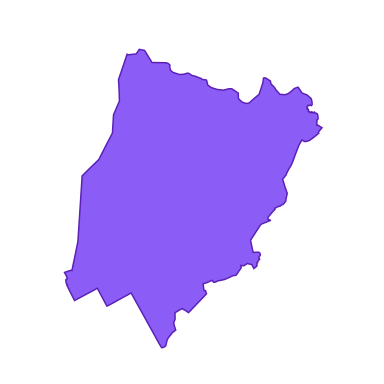 outline of Gārsenes pag., Aknistes, Latvia, rotated 81°
{"feature_id": "27541924B32403888288894", "entity_name": "Gārsenes pag.", "entity_type": "district", "adm_level": 2, "iso_a3": "LVA", "parent_name": "Latvia", "parent_adm1": "Aknistes", "projection": "mercator", "projection_center": [25.771, 56.102], "detail": "fine", "context": "isolated", "style": "filled", "palette": "violet", "viewbox_px": 384, "rotation_deg": 81, "n_neighbors": 0, "source": "geoboundaries", "source_scale": "gbopen_adm2", "svg_char_len": 5188}
<svg xmlns="http://www.w3.org/2000/svg" viewBox="0 0 384 384"><g transform="rotate(81 192 192)"><path d="M63.6,194.0L63.2,194.0L62.9,194.1L62.7,194.3L61.4,195.3L61.3,195.5L60.4,197.0L58.3,208.5L58.0,210.9L57.9,211.1L57.8,211.3L57.7,211.4L57.0,211.6L52.4,213.5L45.2,216.5L44.9,216.7L44.7,216.8L42.9,221.5L42.9,221.8L43.0,221.9L44.2,223.0L46.8,225.4L46.8,225.5L46.9,225.9L46.7,229.1L46.5,233.7L46.4,233.8L45.8,234.6L46.0,234.7L61.0,242.5L68.3,246.4L68.7,246.6L69.6,247.0L70.2,247.1L76.4,247.7L81.0,248.2L85.7,248.8L89.6,249.3L90.9,249.5L103.4,257.4L113.7,259.7L121.1,261.3L121.5,261.6L122.2,262.0L130.9,268.5L145.3,278.9L153.9,291.1L158.9,298.0L183.0,303.4L195.4,306.2L222.9,312.4L238.5,318.2L250.5,322.8L250.8,322.9L250.6,323.4L250.5,323.7L250.5,323.9L250.4,324.2L250.5,325.0L250.9,327.4L251.0,327.8L251.5,330.5L253.9,329.7L255.9,329.0L257.9,328.7L259.1,330.5L262.4,330.5L264.1,329.6L264.4,330.2L269.6,328.6L280.8,325.0L272.3,300.5L277.0,298.9L291.4,293.9L290.6,291.2L286.4,279.6L282.2,267.9L289.5,265.3L301.2,261.0L312.9,256.8L324.6,252.5L336.3,248.3L340.0,246.8L340.5,246.6L341.0,246.4L341.1,245.3L340.9,244.1L339.9,242.1L338.2,241.3L337.4,241.0L334.3,239.7L332.3,238.2L327.7,233.2L325.9,229.7L321.8,230.3L318.4,230.6L315.0,228.6L308.6,227.7L305.5,220.0L306.8,218.9L306.8,218.4L310.6,214.3L303.9,205.5L297.7,197.3L294.8,193.6L291.5,194.1L291.2,195.6L284.5,195.4L283.8,191.3L282.4,185.9L283.4,185.4L284.6,184.7L284.6,182.6L283.8,180.7L283.8,178.2L283.5,173.5L282.2,168.4L281.1,164.9L281.1,163.4L281.1,161.5L278.1,158.6L277.7,158.3L276.2,156.8L275.7,156.2L274.3,155.2L272.2,155.2L273.0,152.2L272.5,151.2L271.2,148.4L271.5,148.0L271.6,147.9L272.9,144.5L273.9,144.0L277.2,142.9L277.0,142.7L276.8,142.2L276.6,141.7L276.5,141.2L275.6,140.1L275.2,139.5L275.1,139.4L274.9,139.3L274.7,139.4L274.4,139.5L273.9,139.4L273.7,139.3L273.6,139.2L273.4,139.2L273.1,139.1L272.8,139.1L272.4,139.0L272.4,138.9L272.3,138.6L272.2,138.4L272.0,138.1L271.8,138.1L271.5,138.2L271.4,138.1L271.2,138.1L270.5,137.6L270.3,137.3L270.0,137.0L269.9,136.8L269.8,136.7L269.7,136.5L269.5,136.4L269.4,136.4L269.3,136.1L269.2,135.9L268.9,135.7L268.7,135.7L268.6,135.8L268.2,136.1L267.4,136.4L265.2,134.6L264.7,134.3L264.1,134.3L263.4,134.5L262.9,134.6L262.5,134.8L262.3,134.9L261.9,135.6L261.7,136.7L261.2,141.0L258.2,141.3L248.8,141.7L248.4,141.6L248.2,141.2L234.9,129.2L234.6,128.7L232.4,119.1L232.2,119.1L231.9,119.4L231.8,119.5L231.7,119.6L231.7,119.8L231.7,120.0L231.4,120.3L231.2,120.5L231.0,120.9L231.0,121.1L229.2,121.1L227.6,119.4L224.2,115.5L222.2,112.8L221.1,112.9L219.8,109.1L219.9,107.5L218.6,104.9L218.4,103.7L215.7,100.8L214.8,100.6L214.2,100.4L212.5,99.8L208.1,98.1L206.9,98.4L204.6,98.8L203.4,99.0L202.4,99.2L200.9,99.5L200.5,99.5L193.5,100.5L191.5,98.2L190.8,97.5L190.3,96.7L189.5,96.3L187.1,94.7L184.3,92.6L181.5,90.2L179.6,88.9L178.7,88.3L178.2,88.0L176.9,87.2L173.4,85.3L171.7,84.4L168.2,82.4L166.4,81.3L163.1,79.4L161.6,78.4L159.7,76.8L157.9,75.5L159.4,73.2L159.5,73.2L159.5,72.9L159.7,72.7L159.8,72.6L159.9,72.4L160.0,71.7L159.5,68.1L156.7,62.5L153.9,58.0L153.9,57.8L153.5,57.9L153.2,58.0L151.6,56.7L151.4,56.5L151.3,56.4L151.2,56.3L151.2,56.2L150.8,55.9L150.7,55.7L150.4,55.3L150.1,55.0L150.0,54.8L149.8,54.5L149.7,54.4L149.5,54.2L149.2,53.9L149.0,53.7L148.8,53.5L148.7,53.5L148.6,53.8L148.4,54.0L148.1,54.4L147.9,54.7L147.7,55.0L147.3,55.4L147.1,55.6L146.8,55.8L146.5,56.2L145.6,57.3L145.6,57.7L145.8,58.2L145.1,58.2L144.7,58.1L144.3,58.0L143.9,57.9L143.4,57.9L143.0,58.0L142.7,57.8L141.9,57.5L141.6,57.6L140.9,57.5L140.5,57.5L140.3,57.0L140.2,56.6L139.8,56.2L138.7,55.9L135.0,55.8L134.8,55.9L134.7,56.0L134.3,56.2L134.2,56.3L134.1,56.6L133.7,56.8L133.7,57.2L133.7,57.4L133.3,57.7L133.1,58.1L132.9,58.2L132.7,58.4L132.4,58.5L132.1,58.7L132.2,58.9L132.5,58.9L132.6,59.0L132.7,59.6L132.9,60.0L132.7,60.4L132.6,60.5L132.2,60.7L132.1,60.9L131.9,60.9L131.7,60.9L131.6,61.2L131.5,61.4L131.5,61.6L132.1,61.7L132.1,61.8L132.2,62.0L132.2,62.7L131.9,62.8L131.2,63.4L131.1,64.1L130.8,64.3L130.7,64.4L130.4,64.3L129.9,64.1L129.5,64.1L128.8,64.1L128.5,64.2L128.5,64.3L128.4,64.4L128.6,64.5L128.8,64.7L128.7,64.8L128.4,64.9L128.1,65.2L127.6,65.5L127.3,65.1L127.1,65.1L126.5,65.2L126.3,65.2L126.2,65.2L126.1,64.7L125.4,64.5L125.4,64.4L125.1,64.0L124.6,63.7L124.8,63.5L124.9,63.3L124.9,62.8L124.7,62.3L124.9,61.4L125.3,60.7L125.3,60.4L125.0,60.1L124.4,59.7L124.0,59.6L123.4,59.5L123.1,59.5L122.5,59.5L121.8,59.4L121.6,59.4L120.9,59.4L118.4,59.7L114.3,63.0L111.5,67.8L105.2,70.7L105.1,71.4L105.8,74.8L108.1,78.1L109.7,81.3L109.8,81.6L110.5,84.7L109.3,89.8L108.9,90.1L104.7,92.8L104.2,93.1L102.2,93.9L100.3,95.0L97.6,97.1L94.6,97.2L90.9,101.4L90.8,101.8L90.5,103.2L90.8,103.6L93.5,104.4L95.6,105.1L106.1,110.5L107.3,112.6L108.8,115.0L109.0,115.5L113.0,121.6L113.1,123.8L112.9,124.8L111.5,127.7L110.7,128.7L108.5,130.4L107.7,131.0L106.7,131.5L105.2,131.3L102.7,131.0L101.5,130.9L101.4,131.0L99.8,132.7L96.2,136.6L95.8,139.7L96.3,145.2L94.7,151.0L91.8,156.8L90.2,158.3L88.9,159.7L83.9,160.1L83.5,160.5L82.5,164.2L81.4,165.1L78.3,170.4L76.8,173.9L74.4,176.5L73.9,177.6L74.4,181.7L74.0,185.9L73.8,186.4L70.8,192.2L68.5,194.1L65.2,194.5L64.2,194.2L63.6,194.0Z" fill="#8b5cf6" stroke="#5b21b6" stroke-width="1.5"/></g></svg>